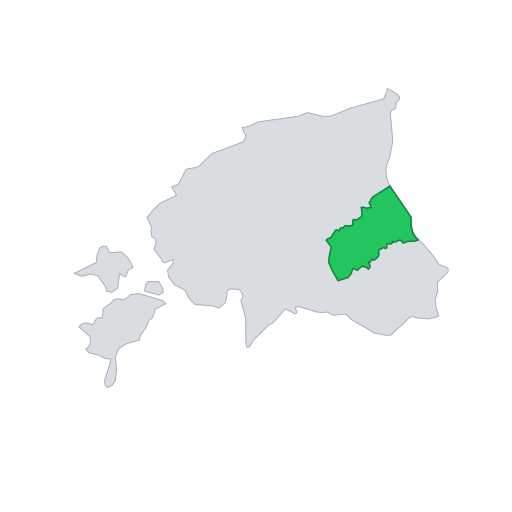 location of Tartu within Estonia, rotated 338°
{"feature_id": "EST-1659", "entity_name": "Tartu", "entity_type": "County", "adm_level": 1, "iso_a3": "EST", "parent_name": "Estonia", "parent_adm1": "", "projection": "orthographic", "projection_center": [26.767, 58.415], "detail": "fine", "context": "in_parent", "style": "filled", "palette": "green", "viewbox_px": 512, "rotation_deg": 338, "n_neighbors": 0, "source": "natural_earth", "source_scale": "10m", "svg_char_len": 4179}
<svg xmlns="http://www.w3.org/2000/svg" viewBox="0 0 512 512"><g transform="rotate(338 256 256)"><path d="M402.8,380.0L401.2,380.3L392.4,378.9L382.7,374.2L378.5,370.7L374.3,370.7L369.3,373.1L351.2,379.8L346.7,378.2L336.5,371.5L331.3,364.2L319.9,349.7L318.9,346.3L317.5,343.5L305.2,339.8L300.7,334.4L296.9,333.6L291.5,330.8L277.3,319.2L273.7,318.1L272.8,320.0L273.0,322.6L272.1,324.2L270.3,324.1L267.0,319.8L263.1,316.1L250.5,322.6L246.0,324.4L242.0,324.7L222.0,333.1L215.8,337.8L213.4,337.2L214.1,332.6L223.1,309.9L225.2,291.7L228.3,289.3L229.2,286.8L228.1,280.9L219.8,276.9L216.4,277.3L213.1,283.5L209.8,287.8L202.2,290.3L196.0,285.3L181.3,278.3L177.9,269.7L177.4,261.1L169.9,252.5L167.1,242.6L168.8,235.9L176.1,231.8L178.3,228.1L169.3,228.2L167.5,227.2L167.3,223.7L163.9,211.7L167.7,207.2L169.4,202.7L166.7,198.7L167.7,194.3L170.1,190.0L169.3,179.6L178.3,174.6L187.0,171.1L205.1,169.9L203.7,160.4L211.0,160.3L223.7,149.4L235.7,151.8L253.5,144.5L287.2,145.4L291.8,141.0L291.1,136.5L291.3,131.7L297.6,133.1L308.2,132.4L347.7,142.3L357.5,142.3L371.0,152.0L378.4,154.4L399.9,154.3L433.2,158.2L439.6,151.5L440.2,149.8L443.5,153.4L447.6,159.2L448.7,162.6L447.4,164.6L443.4,166.3L442.6,168.2L440.8,171.3L436.2,171.9L433.8,174.2L431.0,184.2L425.8,200.8L417.7,213.5L411.2,220.5L408.3,225.8L406.6,232.1L406.2,238.5L412.9,273.4L412.9,279.7L411.5,286.2L410.5,292.8L411.4,298.5L415.8,308.3L420.5,322.8L422.5,332.1L425.5,335.5L428.5,337.9L429.1,339.5L429.0,341.1L427.6,343.0L414.5,348.1L412.8,352.2L411.4,356.8L405.7,363.7L404.0,370.1L403.0,377.4L402.8,380.0ZM112.5,244.0L116.7,247.1L120.7,246.5L124.9,244.7L133.5,247.1L152.9,262.5L154.5,266.4L142.4,267.5L139.4,271.8L136.4,274.7L132.9,275.5L126.7,281.3L118.5,286.8L116.6,290.2L102.4,288.7L94.4,290.4L87.7,296.6L84.2,309.2L78.9,318.8L73.9,322.1L68.9,322.3L68.0,318.5L68.8,314.8L80.1,301.4L82.6,297.0L77.6,294.6L73.6,289.4L64.6,283.0L63.3,278.3L65.5,278.1L67.7,277.0L70.5,273.3L71.9,268.9L65.4,255.4L69.4,253.7L74.1,254.5L78.7,258.6L84.3,254.6L86.6,254.1L90.2,255.9L94.5,247.6L103.7,245.4L108.2,243.0L112.5,244.0ZM132.6,221.0L127.2,226.5L124.4,224.0L123.0,221.2L115.8,233.9L108.4,235.7L104.4,232.8L105.0,228.0L101.8,214.9L95.7,210.7L87.0,209.7L81.0,204.0L105.7,202.1L108.6,196.1L114.0,190.0L117.8,189.5L120.9,191.2L121.2,196.2L121.9,198.3L132.8,201.7L136.7,210.3L137.8,220.5L132.6,221.0ZM156.4,254.8L151.2,255.8L139.6,246.8L142.7,241.3L146.3,239.3L156.3,243.3L157.3,251.9L156.4,254.8Z" fill="#d9dde1" stroke="#a8b0b8" stroke-width="1"/><path d="M406.3,241.3L407.6,247.3L410.8,261.8L414.4,278.1L410.8,287.0L410.2,293.0L411.0,298.5L412.5,301.7L410.0,302.0L400.9,299.0L399.9,299.4L399.4,299.4L398.7,299.4L398.0,299.3L397.4,298.9L396.8,298.4L396.6,296.3L395.4,295.1L390.0,295.2L389.0,294.5L388.6,293.9L388.3,293.8L387.8,293.8L386.9,295.1L386.1,295.4L384.8,295.2L383.1,294.0L382.4,293.9L381.7,294.3L380.7,296.6L380.4,297.2L380.2,297.4L378.9,297.6L377.3,295.9L374.5,296.4L374.0,296.1L373.3,296.1L372.7,296.3L372.0,296.9L371.0,298.9L370.5,300.9L368.8,302.6L364.9,303.9L363.1,303.9L362.9,303.4L362.2,302.5L361.7,302.5L361.0,302.9L360.3,303.9L359.7,304.5L359.1,304.6L358.1,304.1L357.9,304.3L357.8,304.9L358.0,305.9L358.1,306.9L358.0,307.9L357.5,308.9L357.1,309.4L355.3,310.3L354.3,308.3L353.7,307.6L352.4,306.7L351.8,306.0L350.6,305.1L347.1,306.2L346.2,306.7L345.1,307.1L344.4,307.2L343.2,305.7L342.6,305.2L341.9,304.1L341.1,304.1L340.4,304.7L337.9,307.6L336.8,308.6L335.8,308.9L334.4,309.9L333.2,310.5L322.8,309.6L321.3,298.3L321.0,289.3L322.6,285.9L324.8,282.1L329.0,276.1L329.0,275.3L327.0,267.7L329.2,266.9L331.0,267.0L332.3,266.7L333.3,266.2L338.8,262.3L339.9,261.8L340.8,262.0L341.3,262.6L341.7,263.5L342.2,263.9L342.8,263.6L344.2,262.0L345.8,261.7L346.9,262.7L347.2,262.7L348.0,262.1L350.1,261.2L352.2,262.5L354.5,263.3L356.8,263.5L357.1,263.4L357.3,263.2L358.0,262.2L359.0,259.5L359.7,258.7L360.3,258.7L361.0,259.2L363.1,260.2L368.7,258.9L370.5,255.3L371.8,250.4L373.6,250.8L376.5,253.1L378.8,253.5L379.6,253.9L381.0,254.0L381.3,252.9L380.8,249.6L381.0,248.8L381.4,248.4L381.9,248.4L382.5,248.1L383.2,247.5L384.2,246.4L385.0,245.8L385.7,245.3L389.1,244.5L406.3,241.3L406.3,241.3Z" fill="#22c55e" stroke="#15803d" stroke-width="1.5"/></g></svg>